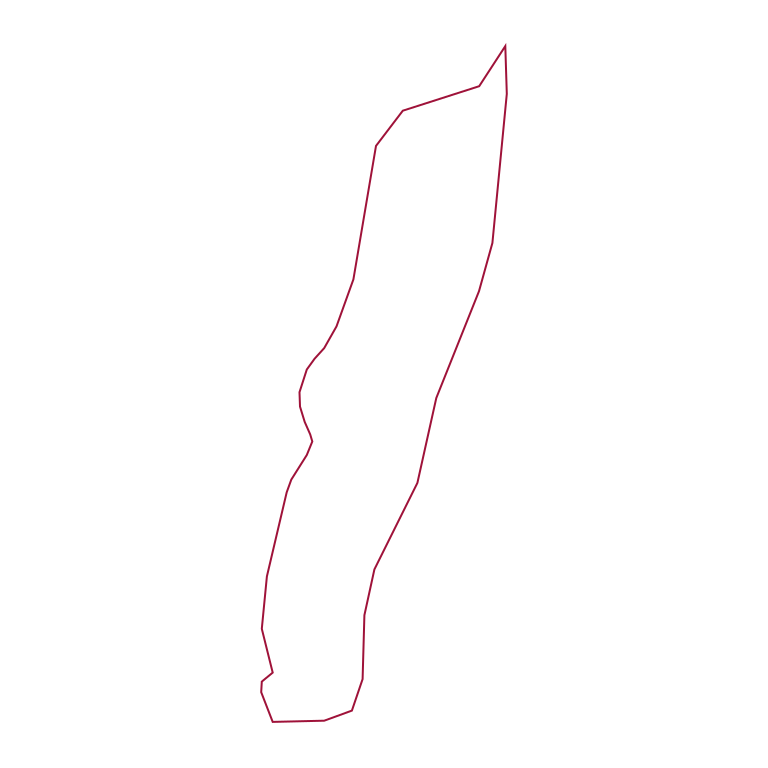 the border of Macquarie Island
{"feature_id": "AUS+00?", "entity_name": "Macquarie Island", "entity_type": "state/province", "adm_level": 1, "iso_a3": "AUS", "parent_name": "Australia", "parent_adm1": "", "projection": "natural_earth1", "projection_center": [158.879, -54.61], "detail": "fine", "context": "isolated", "style": "outline", "palette": "rose", "viewbox_px": 768, "rotation_deg": 0, "n_neighbors": 0, "source": "natural_earth", "source_scale": "10m", "svg_char_len": 532}
<svg xmlns="http://www.w3.org/2000/svg" viewBox="0 0 768 768"><path d="M376.0,145.9L402.8,110.7L479.2,86.2L505.3,46.1L506.8,93.9L492.4,243.0L479.0,291.2L436.3,398.0L417.4,482.9L374.4,569.4L364.4,615.2L362.6,679.1L351.9,710.6L324.2,720.7L272.7,721.9L261.2,692.2L261.8,681.6L272.7,672.6L261.8,628.8L266.9,576.4L286.7,492.3L291.3,479.6L306.8,455.0L312.3,441.5L310.2,434.4L304.7,421.9L300.0,406.6L299.5,392.2L306.8,369.5L314.6,358.7L324.2,348.1L336.5,326.4L353.4,279.4L376.0,145.9Z" fill="none" stroke="#9f1239" stroke-width="2"/></svg>